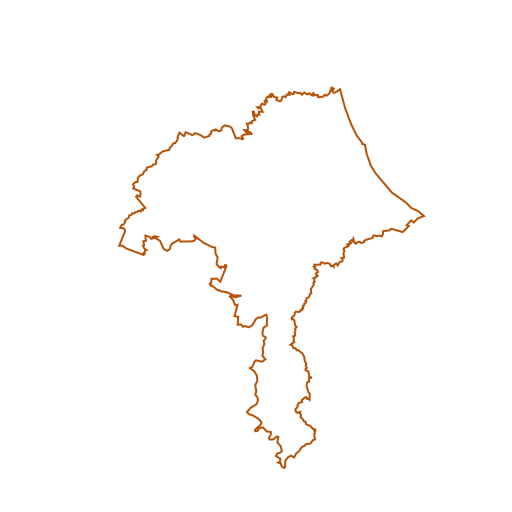 Whanganui District, Manawatu-Wanganui, New Zealand (Robinson projection), rotated 202°
{"feature_id": "76426892B60533113586032", "entity_name": "Whanganui District", "entity_type": "district", "adm_level": 2, "iso_a3": "NZL", "parent_name": "New Zealand", "parent_adm1": "Manawatu-Wanganui", "projection": "robinson", "projection_center": [175.119, -39.636], "detail": "fine", "context": "isolated", "style": "outline", "palette": "amber", "viewbox_px": 512, "rotation_deg": 202, "n_neighbors": 0, "source": "geoboundaries", "source_scale": "gbopen_adm2", "svg_char_len": 6132}
<svg xmlns="http://www.w3.org/2000/svg" viewBox="0 0 512 512"><g transform="rotate(202 256 256)"><path d="M156.7,149.7L160.6,154.6L161.1,158.3L159.8,159.4L161.3,163.3L159.4,163.6L159.5,164.1L161.2,164.0L164.2,168.6L167.1,168.6L167.8,169.6L166.9,171.3L168.8,172.9L168.9,174.9L171.2,176.6L173.6,180.7L176.8,183.1L181.5,184.5L183.0,183.8L184.7,185.3L186.7,184.5L189.3,187.0L190.7,186.8L188.3,190.5L189.3,190.9L189.9,193.6L191.5,195.5L190.2,196.0L190.0,197.2L191.6,199.8L191.3,201.3L192.5,203.3L191.8,205.4L193.9,206.4L196.4,210.8L198.5,211.5L199.1,210.8L199.9,212.2L198.1,215.5L198.8,217.8L198.1,219.5L195.4,220.1L194.3,221.1L194.6,222.0L193.1,223.0L193.7,224.3L192.6,224.9L193.9,227.2L192.8,228.3L193.4,229.6L192.3,231.5L193.2,232.6L192.4,232.8L193.3,235.7L191.5,237.6L191.6,241.6L190.8,242.2L192.7,245.7L191.7,251.5L192.8,252.7L192.0,254.2L193.0,254.9L193.4,257.2L194.2,257.1L191.7,259.9L191.6,261.0L193.3,261.2L193.9,262.3L192.6,264.4L194.1,266.0L196.8,266.0L196.9,267.8L198.6,267.8L198.0,269.2L198.5,269.8L193.0,272.1L193.5,274.2L191.7,275.0L189.8,274.5L187.2,276.2L184.8,276.5L182.8,274.7L181.3,275.5L180.0,275.0L180.6,276.7L178.9,279.1L176.7,277.8L176.4,281.4L173.9,283.6L174.6,285.7L175.8,286.1L173.7,287.5L175.9,291.3L175.9,293.8L177.4,295.1L177.3,296.4L174.4,299.3L175.5,300.5L174.0,300.9L174.8,301.8L172.9,303.3L174.5,304.3L173.4,306.6L172.0,306.5L172.2,308.5L171.3,307.5L171.5,306.0L170.9,306.5L169.1,304.9L168.2,304.8L168.4,305.5L165.3,308.1L163.4,307.4L161.0,309.3L161.4,310.2L160.4,312.0L154.7,316.4L155.0,318.2L154.3,319.4L151.4,319.5L149.6,321.0L146.7,321.4L146.5,323.9L147.4,326.7L141.7,329.9L140.9,331.9L129.0,333.1L125.5,341.1L127.8,341.0L125.5,347.1L122.2,346.2L120.1,351.5L115.3,356.0L122.0,358.3L130.4,358.8L136.9,361.7L154.0,365.8L176.0,377.4L183.4,382.8L191.8,392.4L196.7,400.1L200.1,399.4L199.4,400.0L199.8,400.6L208.1,405.7L217.1,413.8L228.9,426.6L240.5,442.1L243.5,437.6L245.2,436.4L247.0,437.2L246.6,440.4L249.1,440.4L248.9,433.9L250.8,431.0L252.8,431.2L253.3,429.1L257.4,426.6L258.2,426.7L259.1,428.5L263.0,426.3L263.1,428.1L263.8,428.6L265.0,425.9L267.5,426.9L269.0,425.0L272.5,425.7L273.8,422.7L276.0,423.9L277.9,422.8L282.1,422.5L281.8,420.3L282.8,419.6L286.6,420.3L286.9,419.4L285.5,417.9L288.1,417.0L288.0,414.3L290.1,414.4L291.1,413.5L291.0,409.6L291.8,408.3L295.5,408.3L295.8,410.9L298.7,410.1L301.6,412.3L302.8,411.9L303.8,409.6L301.7,410.0L301.4,409.3L305.2,407.3L305.5,405.8L305.1,404.7L302.8,403.1L305.7,403.6L306.1,402.8L304.2,401.0L304.3,400.0L305.1,399.2L307.3,399.7L308.6,395.3L310.5,394.4L309.2,393.8L307.0,395.1L303.9,392.2L307.4,391.0L305.9,388.2L307.6,387.9L307.4,385.9L309.9,386.2L312.1,389.1L313.0,388.6L311.1,385.1L307.7,381.9L310.0,379.9L309.8,377.4L311.5,377.7L312.3,375.6L314.0,375.4L311.1,371.5L310.9,369.5L314.0,368.5L310.7,366.8L310.2,367.2L310.8,368.1L310.2,368.5L307.0,368.4L305.9,367.5L313.0,363.8L314.2,361.6L311.9,360.2L312.1,359.3L316.2,358.9L318.8,357.5L326.0,365.3L328.8,366.3L334.0,365.4L335.7,362.3L335.3,359.3L337.4,357.6L339.8,358.1L340.6,357.3L341.0,358.1L342.7,356.8L344.3,354.5L343.4,352.7L344.7,351.3L344.2,349.9L348.2,346.4L353.5,347.4L358.6,347.1L360.1,344.3L367.6,344.4L367.6,340.3L368.1,340.1L373.2,341.8L373.2,336.6L372.6,336.3L372.4,333.7L373.2,330.3L374.7,329.8L375.7,325.1L376.6,324.1L376.0,322.0L381.7,318.1L384.0,313.7L385.6,312.7L383.6,311.8L384.4,307.0L383.3,304.9L383.5,303.6L385.6,302.3L386.1,300.2L390.3,297.1L389.8,294.6L391.4,292.8L391.5,289.4L393.7,287.2L394.8,284.4L393.6,280.2L395.0,279.7L396.7,277.2L396.7,276.1L394.9,274.7L395.1,272.6L387.7,272.6L386.4,270.8L385.9,267.6L388.9,267.7L389.4,266.0L376.7,259.1L378.3,257.3L378.0,256.1L379.5,256.2L379.5,254.2L381.7,254.2L383.2,251.8L384.4,251.3L384.7,250.0L386.9,249.1L387.0,247.4L388.8,246.2L388.3,244.1L390.9,239.7L390.0,238.3L390.5,235.8L392.1,234.5L392.4,231.7L393.2,231.0L388.8,232.2L386.7,230.2L386.7,214.3L383.9,215.5L378.7,214.4L360.7,214.8L360.3,215.5L361.5,215.8L361.2,217.1L360.3,217.3L361.0,219.9L360.0,220.5L362.5,221.2L364.7,223.2L363.8,224.2L366.0,227.5L363.8,228.8L366.2,233.4L361.7,233.9L359.7,232.6L357.8,234.0L358.6,234.8L357.0,234.9L356.7,235.8L357.6,235.5L357.6,236.3L354.7,236.9L355.5,235.9L355.1,234.8L350.8,234.2L344.3,228.0L340.2,227.5L338.5,230.1L339.0,233.6L338.3,236.2L333.3,242.7L331.7,241.0L320.8,245.6L319.0,247.1L317.9,250.4L318.9,251.2L320.2,250.3L320.9,251.8L309.6,248.6L300.3,247.9L297.0,248.5L294.3,242.8L291.0,240.4L289.6,233.8L285.5,231.7L284.1,231.5L284.4,233.1L280.9,233.6L281.5,235.8L280.3,236.3L279.6,235.5L279.5,218.8L283.9,220.3L288.7,218.1L287.4,213.8L288.5,212.9L287.1,211.5L285.9,212.1L278.3,209.8L277.2,210.6L275.6,210.1L269.7,211.4L261.6,211.2L254.7,213.9L259.7,209.9L264.6,209.5L265.1,208.7L260.8,206.7L257.4,203.0L255.5,202.8L254.8,203.6L253.4,192.3L249.7,192.9L247.2,185.4L244.5,186.9L241.4,185.5L240.3,186.8L235.8,187.3L233.6,190.3L232.4,197.7L230.4,200.3L228.8,200.4L224.7,205.5L222.8,203.4L219.9,195.5L222.2,192.3L221.0,186.3L219.5,184.6L216.5,184.3L216.2,182.8L217.2,180.3L215.2,177.4L215.4,173.3L213.2,169.1L212.7,165.9L208.6,163.8L210.7,160.3L216.9,159.3L217.9,157.2L217.9,151.9L219.7,149.8L214.5,148.6L210.5,145.5L208.0,141.0L208.3,135.8L205.0,130.6L204.7,127.0L201.8,125.6L200.1,122.9L200.0,118.8L204.1,113.3L205.9,107.9L203.2,106.7L198.7,107.0L192.4,105.9L189.3,104.3L188.4,103.1L188.6,101.1L191.8,94.7L191.1,93.3L189.4,94.0L188.2,98.0L185.3,99.7L180.5,97.4L176.2,98.3L175.5,96.4L175.8,92.1L174.6,90.9L171.2,92.5L169.0,96.5L167.5,96.6L166.3,91.1L161.7,88.8L159.0,84.8L159.7,82.9L162.4,80.7L162.7,78.1L157.5,77.1L156.6,74.2L158.0,72.8L155.1,72.8L153.4,70.5L150.7,69.9L150.0,71.1L152.1,77.4L151.0,81.4L148.6,84.1L145.3,83.4L144.7,88.2L143.0,91.0L141.9,96.2L139.7,98.4L139.3,100.1L135.2,102.6L134.4,106.4L132.5,108.1L135.3,112.3L135.1,113.8L136.2,115.5L135.4,116.1L136.2,117.4L137.8,116.8L142.1,118.8L146.5,118.7L147.9,120.8L149.8,120.6L150.8,121.9L154.3,123.3L154.7,125.6L156.6,126.5L156.6,127.9L159.0,126.1L160.5,126.5L162.1,128.5L160.9,131.6L161.7,133.3L161.3,135.7L158.5,137.9L159.6,139.4L157.6,143.3L156.5,144.0L155.1,142.6L154.1,143.4L152.5,142.8L154.5,148.3L156.7,149.7Z" fill="none" stroke="#b45309" stroke-width="2"/></g></svg>